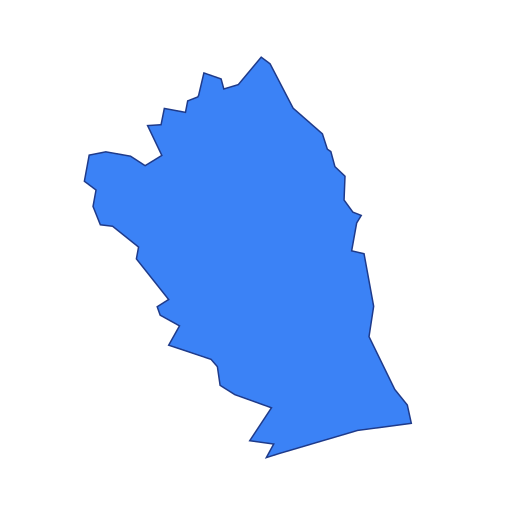 the district of Roane, Tennessee, United States of America, rotated 100°
{"feature_id": "52423323B98361785836731", "entity_name": "Roane", "entity_type": "district", "adm_level": 2, "iso_a3": "USA", "parent_name": "United States of America", "parent_adm1": "Tennessee", "projection": "robinson", "projection_center": [-84.545, 35.847], "detail": "fine", "context": "isolated", "style": "filled", "palette": "blue", "viewbox_px": 512, "rotation_deg": 100, "n_neighbors": 0, "source": "geoboundaries", "source_scale": "gbopen_adm2", "svg_char_len": 858}
<svg xmlns="http://www.w3.org/2000/svg" viewBox="0 0 512 512"><g transform="rotate(100 256 256)"><path d="M446.5,198.9L410.1,125.6L393.8,74.0L376.5,81.1L363.3,96.2L315.8,130.7L285.1,131.4L235.0,150.0L234.3,162.7L206.0,162.6L197.8,159.4L196.0,168.2L185.6,179.0L162.0,182.2L154.3,193.8L140.2,200.4L138.4,204.3L124.2,211.8L104.0,245.1L64.3,275.5L59.3,285.4L90.3,303.2L97.1,316.7L87.7,321.1L84.8,339.1L107.8,340.4L109.5,341.0L115.1,350.2L126.8,350.4L126.6,371.9L143.2,372.3L146.4,385.4L173.3,366.2L186.3,380.9L179.5,396.9L179.5,422.0L185.6,437.8L212.2,438.0L218.8,425.0L235.5,425.1L252.3,414.7L251.6,402.4L267.6,373.2L279.6,373.3L314.0,334.5L323.1,344.5L330.9,340.1L338.1,319.2L359.0,326.5L365.6,282.3L371.7,274.8L389.6,268.9L396.2,252.8L402.8,214.4L439.0,230.1L438.1,205.9L452.7,210.8L446.5,198.9Z" fill="#3b82f6" stroke="#1e3a8a" stroke-width="1.5"/></g></svg>